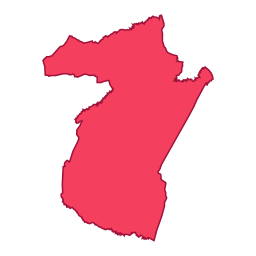 Tap Khlo, Phichit, Thailand
{"feature_id": "78962969B53438077198492", "entity_name": "Tap Khlo", "entity_type": "district", "adm_level": 2, "iso_a3": "THA", "parent_name": "Thailand", "parent_adm1": "Phichit", "projection": "robinson", "projection_center": [100.596, 16.192], "detail": "fine", "context": "isolated", "style": "filled", "palette": "rose", "viewbox_px": 256, "rotation_deg": 0, "n_neighbors": 0, "source": "geoboundaries", "source_scale": "gbopen_adm2", "svg_char_len": 5686}
<svg xmlns="http://www.w3.org/2000/svg" viewBox="0 0 256 256"><path d="M83.3,220.5L84.5,221.3L84.8,222.2L85.6,221.8L86.4,222.5L87.5,222.6L87.7,223.2L89.8,223.7L92.2,222.5L92.9,222.5L94.1,223.2L95.2,224.7L95.5,224.2L96.2,224.4L96.8,225.2L98.0,225.7L98.5,226.6L100.4,227.2L100.8,227.0L101.5,227.9L103.2,228.8L103.9,228.7L104.6,229.4L106.1,229.6L107.2,228.8L108.5,229.3L109.4,229.1L109.5,229.5L110.3,229.7L111.3,228.6L111.6,229.5L112.2,229.8L112.1,231.0L112.8,231.0L113.1,231.7L113.5,231.3L114.0,232.0L114.8,231.7L115.7,232.1L116.1,231.7L116.3,232.5L115.7,232.6L115.5,233.3L116.2,233.1L117.4,234.3L117.6,233.4L118.5,234.3L118.8,233.3L119.5,233.2L120.1,234.8L120.4,234.2L120.5,234.8L121.1,234.7L121.3,233.9L121.8,234.7L123.1,234.2L123.7,235.2L124.3,234.7L124.5,235.3L124.8,234.5L126.0,234.3L128.2,234.7L129.2,235.3L130.1,235.0L130.4,234.3L130.9,234.5L131.5,232.7L132.1,233.1L132.3,232.7L132.6,233.1L133.1,232.6L134.8,232.7L135.0,232.3L135.9,233.1L135.8,233.7L136.6,234.3L136.3,235.2L137.1,235.8L137.6,235.7L137.7,236.2L138.8,237.1L140.2,236.1L140.5,235.1L141.7,235.5L142.7,236.6L142.3,238.1L143.6,237.3L144.3,237.4L143.7,238.8L144.6,239.0L145.3,238.2L146.0,239.1L147.4,238.4L148.0,238.7L147.8,237.7L148.7,237.7L154.0,240.6L156.9,229.7L161.5,216.8L164.5,206.1L164.5,202.6L166.7,198.0L165.6,195.0L165.8,193.0L164.7,189.4L165.8,183.7L165.7,182.7L161.2,179.6L160.7,174.3L158.3,173.1L158.0,171.9L159.8,169.2L161.5,164.4L189.1,115.4L193.9,106.4L197.2,99.0L204.8,85.0L205.8,83.4L206.2,84.7L207.1,84.9L207.1,84.1L207.6,83.8L207.2,83.3L207.8,82.5L208.3,82.7L209.1,82.2L209.2,81.5L210.9,80.4L211.3,80.7L212.3,79.0L213.0,79.0L212.4,75.8L211.2,73.2L208.8,70.1L205.2,67.1L205.0,67.9L203.3,67.7L203.5,68.3L203.0,68.8L202.9,68.2L202.1,68.4L200.9,70.1L200.4,72.1L199.9,71.5L199.1,72.9L199.1,73.9L198.2,75.0L198.2,75.8L199.1,76.1L199.7,77.3L198.7,77.1L197.7,78.2L196.7,77.9L196.1,78.8L195.3,78.1L195.7,80.0L194.6,79.8L194.0,81.3L192.5,81.1L191.7,79.4L190.8,79.8L190.5,79.2L189.7,79.6L188.5,79.1L188.0,79.8L187.5,78.7L186.8,79.8L186.2,80.0L186.2,80.6L185.7,79.9L185.3,80.0L184.8,81.3L184.7,79.9L184.2,79.9L184.2,80.7L183.3,80.9L183.0,81.8L182.1,81.6L182.4,80.7L181.3,81.5L179.9,81.1L179.1,80.3L179.4,79.6L177.8,80.9L177.3,80.0L176.2,80.3L175.8,80.0L176.2,81.3L174.3,80.9L174.8,80.4L174.7,78.9L175.5,78.4L176.2,79.2L176.8,78.3L176.4,75.5L178.8,75.1L179.8,73.5L181.4,72.1L181.8,70.6L181.6,68.8L182.7,65.5L182.3,63.9L182.9,62.2L178.7,61.5L178.0,60.7L177.1,61.1L177.4,60.4L177.0,58.4L177.6,58.6L177.7,58.2L176.8,55.7L173.1,54.9L168.1,52.8L166.7,51.3L165.4,47.9L164.1,46.7L162.4,40.7L162.5,33.6L161.7,30.2L162.1,28.8L163.9,26.2L164.0,23.8L161.5,15.4L160.6,15.7L160.4,15.4L159.4,16.1L159.6,17.8L159.3,18.7L159.2,18.2L157.1,17.8L156.8,17.3L154.1,17.0L153.0,16.2L152.7,16.4L153.0,17.1L152.5,16.7L151.6,17.2L151.3,18.2L149.4,17.7L149.5,18.3L149.0,18.0L148.0,19.9L147.5,19.6L146.8,21.0L145.8,21.2L145.3,22.4L144.7,22.3L144.2,23.9L143.1,22.8L142.9,23.2L142.4,22.9L142.2,22.2L141.8,22.7L141.3,22.5L141.1,23.2L140.4,23.5L138.8,23.0L138.1,23.9L137.6,23.8L138.0,24.3L137.4,24.2L137.3,24.5L136.0,23.9L134.2,23.9L133.4,24.8L133.6,25.3L133.0,24.9L133.3,25.5L132.9,26.5L133.4,27.1L132.8,27.1L132.9,27.5L132.5,27.2L132.7,27.6L132.3,27.8L132.1,27.4L131.9,28.3L131.7,27.9L131.3,28.1L131.1,29.3L129.9,28.5L130.2,29.3L129.2,30.2L127.5,29.6L125.4,30.2L123.8,29.6L120.3,29.6L116.4,33.2L116.0,31.8L114.0,32.1L112.0,34.0L111.0,34.1L110.4,35.1L108.0,36.2L107.8,37.0L106.7,36.3L106.3,36.5L105.8,35.8L104.5,36.6L103.0,37.9L102.8,39.4L101.6,39.6L100.5,40.5L100.4,41.2L100.0,41.1L98.5,43.2L97.7,43.4L95.2,41.8L94.8,42.7L92.8,42.5L92.3,41.0L85.9,42.8L83.4,43.0L81.5,41.7L78.8,41.0L78.8,40.3L76.7,39.6L75.5,38.5L72.1,37.1L72.1,36.4L69.6,35.8L66.8,41.3L63.4,45.7L60.1,46.7L51.6,56.1L50.3,56.1L49.5,56.7L46.7,56.7L43.8,59.4L43.0,60.6L44.8,66.6L45.2,75.1L48.7,75.4L48.8,76.1L49.3,76.1L51.9,75.5L55.3,75.6L63.5,73.7L68.1,73.8L68.6,74.5L71.0,74.8L72.9,74.0L74.4,75.1L74.7,76.7L76.3,76.6L77.4,77.2L82.5,75.1L82.8,74.6L85.8,74.1L89.9,75.6L90.8,75.2L94.0,75.3L95.0,75.6L95.1,76.3L97.2,77.1L97.1,82.5L100.8,82.6L104.5,81.2L108.9,80.4L110.0,84.7L112.2,88.1L112.8,88.1L113.2,88.9L112.6,89.2L112.8,89.7L112.1,90.3L112.4,90.8L111.8,91.7L111.5,91.2L110.7,91.4L111.2,91.8L111.0,92.3L109.6,91.4L109.3,92.9L107.5,93.1L108.0,93.9L107.4,93.9L107.4,94.8L106.8,95.8L106.3,95.8L106.2,95.4L105.5,96.0L105.3,96.4L105.8,96.3L105.8,96.8L104.9,97.1L105.0,97.8L104.6,97.5L104.5,97.9L102.9,98.2L102.8,99.7L101.6,100.3L102.3,100.8L102.4,101.6L101.5,102.0L101.6,102.8L100.9,103.1L100.3,101.9L99.4,102.5L98.9,102.4L98.8,103.8L98.1,103.9L97.6,103.2L97.6,105.3L97.1,105.9L96.3,104.9L96.3,104.0L95.2,104.8L93.3,104.5L93.2,105.3L91.0,106.7L89.0,107.1L89.2,108.9L88.3,108.8L88.0,109.5L87.4,109.6L86.9,108.8L86.5,108.8L86.5,109.3L85.4,109.8L84.8,110.8L84.2,109.7L83.3,109.5L83.8,110.3L83.7,110.8L82.6,110.7L82.4,111.5L81.3,112.0L81.3,113.3L80.0,113.6L80.0,114.2L78.6,115.3L77.7,116.8L77.4,116.6L77.4,117.9L76.0,118.1L75.9,118.8L75.2,119.3L75.9,119.7L75.6,121.0L76.2,121.4L75.9,122.4L76.6,123.1L78.3,123.0L79.8,121.5L81.9,120.9L80.0,125.6L76.9,129.9L76.7,134.6L78.7,137.3L78.8,138.6L77.9,141.2L72.9,151.5L69.5,162.1L67.6,160.4L66.6,160.7L64.8,162.7L64.4,164.9L65.0,166.4L63.2,166.6L62.3,184.2L62.7,193.0L61.5,193.8L61.0,194.8L61.4,197.1L63.3,199.1L62.9,199.4L63.3,200.5L62.9,200.8L63.2,201.2L62.6,201.8L63.8,203.0L64.1,204.3L64.8,203.8L65.1,204.8L66.2,204.7L66.8,207.1L67.5,207.0L67.8,206.4L68.0,206.8L69.0,206.5L69.4,206.9L69.2,207.5L70.1,208.3L72.3,207.4L73.9,209.3L74.6,209.3L75.4,210.6L76.9,211.6L77.2,212.1L76.9,212.6L78.3,213.7L78.5,214.9L79.1,215.6L82.3,217.7L82.0,218.6L83.0,219.2L82.9,219.7L83.4,220.0L83.3,220.5Z" fill="#f43f5e" stroke="#9f1239" stroke-width="1.5"/></svg>